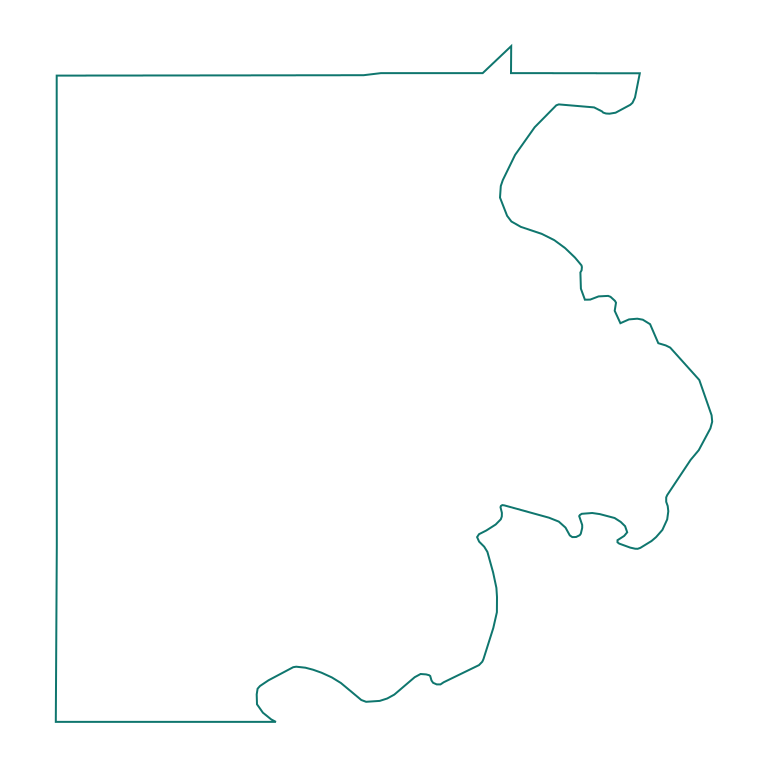 Jefferson, Oklahoma, United States of America, rotated 270°
{"feature_id": "52423323B23820153669185", "entity_name": "Jefferson", "entity_type": "district", "adm_level": 2, "iso_a3": "USA", "parent_name": "United States of America", "parent_adm1": "Oklahoma", "projection": "equal_earth", "projection_center": [-97.897, 34.069], "detail": "fine", "context": "isolated", "style": "outline", "palette": "teal", "viewbox_px": 768, "rotation_deg": 270, "n_neighbors": 0, "source": "geoboundaries", "source_scale": "gbopen_adm2", "svg_char_len": 1933}
<svg xmlns="http://www.w3.org/2000/svg" viewBox="0 0 768 768"><g transform="rotate(270 384 384)"><path d="M46.1,55.8L46.1,275.9L48.6,271.2L55.3,262.9L63.7,257.0L73.6,256.7L79.3,257.6L82.0,260.0L87.7,268.5L100.8,293.2L101.3,296.2L100.3,305.4L98.3,313.0L95.3,321.5L90.6,331.8L85.0,340.9L68.0,361.3L66.2,366.1L67.1,379.7L69.5,387.2L73.4,394.3L90.8,414.7L94.0,420.6L93.6,426.1L92.8,429.1L92.0,430.2L87.5,431.5L85.2,433.1L83.6,436.7L83.6,440.5L85.7,443.6L102.9,479.0L106.3,482.3L109.0,483.5L140.0,493.3L155.8,496.9L170.9,497.0L180.1,496.4L195.6,493.1L216.1,487.4L221.3,484.2L226.4,479.1L230.9,477.1L233.8,479.0L237.5,486.3L243.5,495.7L248.7,500.8L251.5,501.8L255.1,501.9L260.8,500.5L262.0,500.9L262.9,502.3L262.6,504.4L250.3,549.0L246.4,558.8L240.4,565.5L232.6,569.8L230.9,572.3L231.0,576.1L232.8,579.7L234.3,580.8L240.1,582.2L243.0,582.2L251.9,579.2L253.0,579.9L254.2,581.8L255.0,592.2L253.9,599.8L250.0,614.6L246.1,620.7L241.8,625.1L235.7,627.2L232.1,624.2L227.8,617.5L225.7,617.5L224.4,619.2L220.4,630.2L219.3,635.1L219.2,637.6L220.1,640.3L226.8,651.2L226.8,651.3L230.9,656.1L238.1,662.4L248.6,667.2L256.7,668.3L262.0,667.7L266.2,666.2L270.6,666.2L272.9,667.2L308.1,690.6L317.9,698.8L339.6,710.4L346.3,712.2L352.7,711.6L388.0,699.3L420.4,670.2L422.6,665.7L424.8,658.3L443.8,650.1L448.3,642.8L449.3,637.3L448.6,629.0L444.8,620.4L457.2,614.7L465.3,616.0L467.2,614.9L471.2,610.5L472.1,608.1L471.6,598.6L468.4,590.2L468.3,584.9L479.3,580.9L495.6,580.4L497.7,581.6L500.9,581.9L502.6,581.5L510.4,575.0L519.9,565.1L527.9,554.2L534.1,541.8L541.1,520.9L546.5,511.4L552.2,507.1L570.4,500.0L582.0,500.8L587.9,502.8L613.1,515.1L640.8,534.7L662.7,556.3L663.6,558.8L660.6,594.1L656.6,602.0L655.4,603.2L654.5,606.0L654.3,609.5L655.3,615.6L663.2,630.3L665.2,632.5L670.5,635.0L694.7,639.8L694.9,511.0L721.9,511.2L694.9,482.7L694.9,381.2L692.8,363.6L692.6,229.6L692.4,56.7L222.1,56.8L46.1,55.8Z" fill="none" stroke="#0f766e" stroke-width="2"/></g></svg>